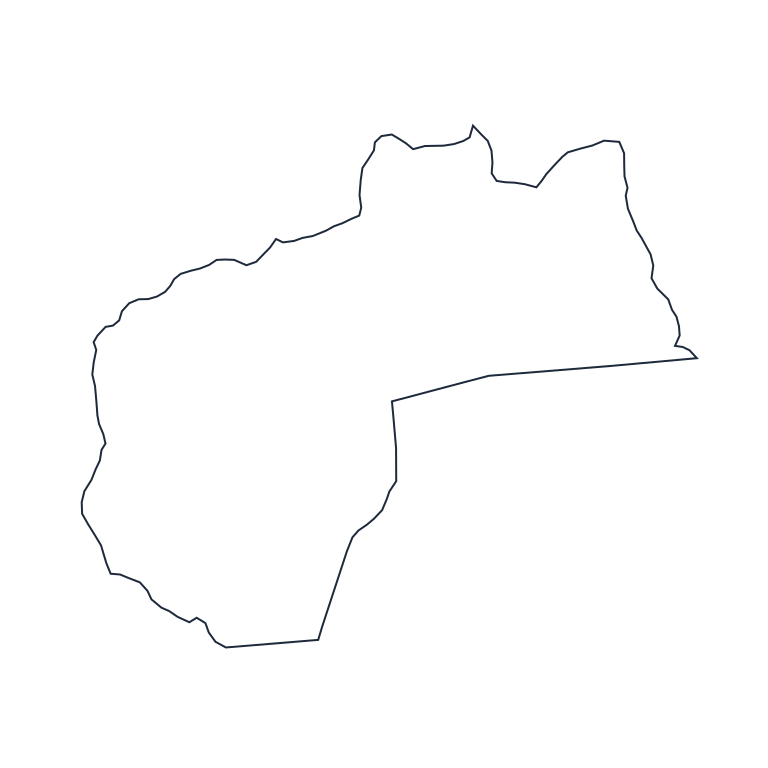 Corumbataí, São Paulo, Brazil, rotated 354°
{"feature_id": "56859067B67739189457030", "entity_name": "Corumbataí", "entity_type": "district", "adm_level": 2, "iso_a3": "BRA", "parent_name": "Brazil", "parent_adm1": "São Paulo", "projection": "orthographic", "projection_center": [-47.609, -22.243], "detail": "fine", "context": "isolated", "style": "outline", "palette": "slate", "viewbox_px": 768, "rotation_deg": 354, "n_neighbors": 0, "source": "geoboundaries", "source_scale": "gbopen_adm2", "svg_char_len": 1897}
<svg xmlns="http://www.w3.org/2000/svg" viewBox="0 0 768 768"><g transform="rotate(354 384 384)"><path d="M96.1,372.5L95.7,385.2L96.4,393.9L99.6,404.5L100.8,414.1L96.2,420.0L93.4,430.4L88.3,438.7L83.0,448.8L74.8,459.3L71.0,470.0L70.2,481.5L74.9,492.2L81.0,504.8L85.7,514.9L89.1,533.0L92.3,544.1L101.7,545.9L109.4,550.1L120.5,555.8L127.2,565.1L130.2,573.9L139.3,583.2L146.5,587.3L154.4,594.0L165.5,600.6L173.2,596.9L181.4,603.1L183.8,612.9L189.5,622.8L199.2,629.5L291.8,631.6L297.3,618.5L329.7,546.3L336.6,533.2L343.3,527.0L352.5,522.0L360.0,516.9L368.9,509.3L374.7,498.8L378.1,491.5L386.0,481.9L389.3,449.1L389.8,422.6L390.1,402.1L464.7,390.5L489.0,386.8L613.8,389.8L697.8,391.0L691.3,382.3L684.9,378.4L677.4,376.5L683.1,366.7L683.4,357.5L681.9,347.6L678.2,340.4L675.5,329.5L665.8,317.7L661.1,306.8L664.2,294.4L662.7,283.0L655.3,265.4L651.4,257.9L648.8,248.2L644.9,235.2L644.1,222.0L646.7,214.3L644.9,202.7L645.7,192.3L646.9,179.6L643.3,167.8L628.3,165.0L616.2,168.6L604.2,170.4L591.0,172.8L585.1,176.7L575.9,184.6L567.4,192.2L561.8,198.7L556.1,204.3L544.9,200.0L534.8,197.4L525.6,196.0L517.3,193.8L513.1,185.8L515.0,175.2L515.3,163.2L512.6,153.1L506.6,145.7L499.5,136.4L494.9,147.7L488.3,150.6L478.6,152.7L468.1,153.2L449.6,151.6L437.5,153.5L430.9,146.8L423.6,141.0L417.8,136.7L407.3,137.2L400.2,142.7L398.4,150.6L392.5,158.1L385.1,167.0L382.1,179.1L379.4,193.6L379.8,206.2L377.0,213.9L369.0,216.3L359.6,219.7L350.7,221.9L342.5,225.4L328.5,229.4L318.2,230.2L309.6,232.3L298.3,232.6L291.8,228.5L284.8,236.5L279.2,241.1L269.7,249.1L259.6,251.5L248.0,244.9L239.1,243.6L230.5,243.1L222.5,247.3L213.1,249.9L204.2,251.1L193.3,253.2L186.2,257.8L181.7,264.1L175.9,269.5L167.3,273.3L158.4,274.9L148.8,274.1L139.1,277.0L131.0,284.2L127.3,293.0L120.5,297.6L113.1,298.1L104.1,305.9L99.6,312.0L101.4,320.1L97.6,332.0L94.9,344.1L96.4,355.9L96.1,372.5Z" fill="none" stroke="#1e293b" stroke-width="2"/></g></svg>